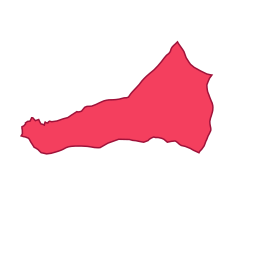 outline of Hungrel, Paro, Bhutan, rotated 333°
{"feature_id": "84629894B37720492215641", "entity_name": "Hungrel", "entity_type": "district", "adm_level": 2, "iso_a3": "BTN", "parent_name": "Bhutan", "parent_adm1": "Paro", "projection": "robinson", "projection_center": [89.452, 27.418], "detail": "fine", "context": "isolated", "style": "filled", "palette": "rose", "viewbox_px": 256, "rotation_deg": 333, "n_neighbors": 0, "source": "geoboundaries", "source_scale": "gbopen_adm2", "svg_char_len": 2225}
<svg xmlns="http://www.w3.org/2000/svg" viewBox="0 0 256 256"><g transform="rotate(333 128 128)"><path d="M29.2,86.5L30.8,88.1L32.5,89.4L34.5,91.7L34.9,92.8L35.0,93.9L35.0,96.2L35.5,101.0L35.6,102.6L36.6,103.8L38.1,106.4L38.5,107.8L39.4,110.5L43.7,114.1L46.8,115.2L47.9,115.6L52.9,116.6L55.9,117.1L58.4,117.4L60.6,117.5L63.9,117.4L66.7,117.8L69.4,118.7L72.7,120.1L78.1,122.8L83.4,125.9L86.1,127.8L89.3,130.2L92.4,132.0L94.2,132.8L102.2,132.4L103.7,132.4L114.6,133.8L124.1,138.9L126.5,141.1L129.3,142.9L131.5,144.7L134.2,146.8L135.6,147.8L140.1,148.3L141.9,147.7L144.4,147.5L146.9,147.7L148.1,148.9L150.6,150.2L153.4,152.5L154.9,154.4L156.6,158.5L160.6,159.6L164.0,160.9L164.7,161.7L165.5,163.4L166.4,165.8L167.5,167.7L170.7,170.4L174.2,174.4L176.2,177.5L180.0,182.3L181.2,181.4L184.1,180.4L187.7,178.5L189.5,176.9L191.4,175.1L192.3,174.5L193.7,173.3L195.3,171.8L196.2,171.1L197.7,170.1L199.2,168.9L200.5,167.9L201.2,166.8L201.7,165.6L202.3,163.4L202.9,161.4L203.9,159.2L206.2,156.4L207.5,155.2L208.6,154.0L210.5,152.0L211.6,150.6L213.0,148.2L213.7,146.5L214.3,144.0L214.4,141.8L214.8,137.4L215.1,135.2L215.4,131.9L216.0,129.9L216.8,127.7L217.8,125.4L220.2,123.2L223.2,120.7L226.8,118.9L225.3,117.8L222.7,115.6L218.5,110.0L214.4,103.9L212.6,99.7L212.2,97.2L211.7,91.7L212.1,88.6L212.5,85.4L212.3,83.0L211.3,75.9L211.2,73.7L208.4,74.6L206.5,75.1L204.4,75.8L203.0,76.6L202.0,77.4L200.7,78.8L199.8,79.4L198.1,80.2L196.8,80.4L195.3,80.7L192.2,82.0L187.4,84.3L182.9,86.2L177.3,88.1L172.3,89.2L167.9,90.3L165.0,91.2L162.0,92.3L157.6,94.4L154.4,95.6L148.3,97.8L145.9,98.8L142.4,100.7L140.5,100.4L138.2,99.4L135.7,98.8L133.3,98.3L129.9,97.1L126.9,95.8L123.8,94.3L121.4,93.5L118.9,92.9L116.2,92.7L114.2,92.6L110.1,92.5L105.4,92.0L101.2,90.1L98.8,89.9L94.2,91.9L92.5,91.6L90.7,91.0L89.9,90.2L83.7,90.8L79.1,91.4L76.4,90.8L74.5,90.4L67.9,89.5L62.9,87.8L61.2,86.3L60.0,86.4L58.8,87.1L57.4,86.1L56.9,85.1L55.9,85.9L54.8,87.4L53.5,85.8L52.4,85.0L52.2,83.5L52.2,81.8L52.3,79.9L50.8,79.7L48.8,79.4L47.8,75.7L46.8,75.1L45.2,76.4L43.8,77.4L41.4,76.5L40.1,76.8L38.9,76.9L38.5,77.9L37.1,78.4L36.1,78.8L34.1,78.7L33.4,80.1L32.9,81.8L32.4,82.9L31.9,83.9L31.4,85.0L30.4,85.8L29.2,86.5Z" fill="#f43f5e" stroke="#9f1239" stroke-width="1.5"/></g></svg>